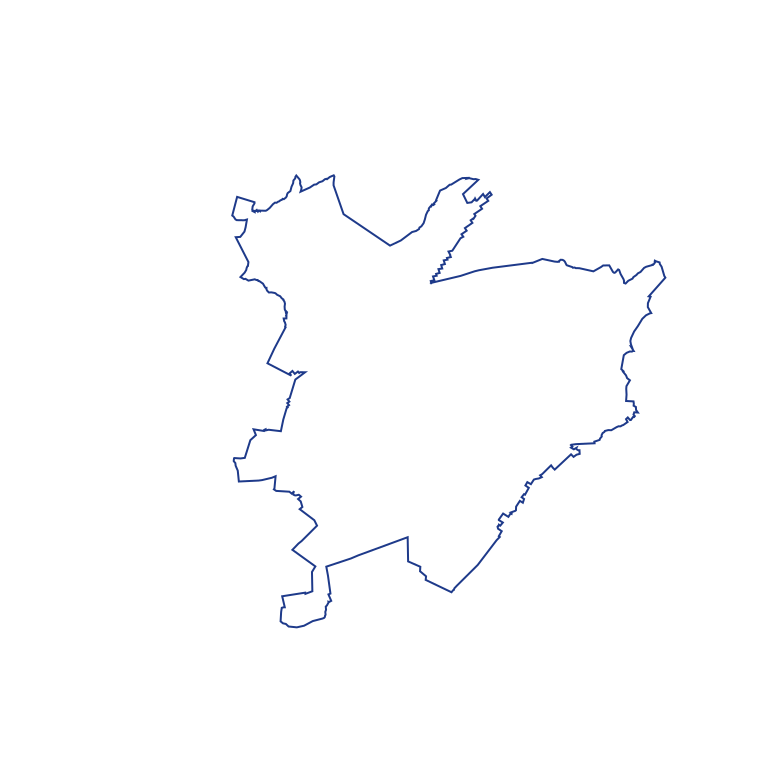 Cuyoaco, Puebla, Mexico, rotated 34°
{"feature_id": "50627088B87175964143986", "entity_name": "Cuyoaco", "entity_type": "district", "adm_level": 2, "iso_a3": "MEX", "parent_name": "Mexico", "parent_adm1": "Puebla", "projection": "orthographic", "projection_center": [-97.601, 19.584], "detail": "fine", "context": "isolated", "style": "outline", "palette": "blue", "viewbox_px": 768, "rotation_deg": 34, "n_neighbors": 0, "source": "geoboundaries", "source_scale": "gbopen_adm2", "svg_char_len": 6141}
<svg xmlns="http://www.w3.org/2000/svg" viewBox="0 0 768 768"><g transform="rotate(34 384 384)"><path d="M610.4,265.7L607.5,264.6L605.7,262.2L603.1,262.4L602.1,260.6L600.6,258.9L594.2,262.7L591.1,257.3L587.5,252.5L586.2,250.2L585.8,243.4L582.3,243.2L579.8,241.5L575.2,240.1L575.4,239.5L572.4,239.0L566.7,226.0L567.7,222.5L569.6,219.6L571.4,218.5L572.0,217.3L572.5,217.0L568.1,215.0L569.0,214.8L566.5,213.0L564.2,210.6L563.1,207.7L562.0,200.6L562.1,194.1L561.7,185.5L562.8,180.5L564.9,176.8L565.9,175.8L559.7,172.7L557.6,169.4L556.2,162.6L554.5,163.3L557.8,138.5L556.0,137.7L548.5,131.5L545.6,130.3L544.5,129.1L541.1,130.1L539.6,130.3L540.1,131.4L540.7,131.6L540.7,133.5L539.9,134.8L540.2,135.0L535.8,140.2L534.7,142.3L534.0,147.7L532.6,150.3L532.3,152.5L531.0,155.9L531.1,157.7L528.8,161.8L528.1,165.6L526.5,166.0L525.7,165.0L525.5,164.4L524.0,163.2L518.6,160.5L515.2,158.0L514.0,158.1L513.4,162.2L512.7,163.1L511.3,163.1L510.2,162.6L504.4,159.7L499.4,163.2L498.5,165.7L494.6,173.5L481.1,178.8L478.2,180.7L477.0,180.8L475.5,182.0L474.7,181.8L469.3,183.3L468.6,183.2L465.7,181.5L464.4,181.1L462.7,181.2L461.0,182.2L460.6,183.4L460.7,184.7L460.1,184.8L459.9,185.5L457.0,187.1L445.3,191.8L439.2,200.8L438.9,200.7L409.0,226.9L399.1,236.6L396.1,239.9L387.0,251.6L367.2,273.1L366.4,274.9L366.4,273.4L365.2,272.5L367.7,269.8L364.5,267.4L367.1,264.8L365.6,263.6L368.0,260.8L364.9,258.3L367.7,255.7L364.9,253.4L367.4,250.5L364.4,248.1L367.1,245.4L365.7,244.3L368.4,241.4L366.8,240.3L366.8,240.0L363.4,238.1L366.1,235.3L365.9,220.4L367.4,217.6L364.5,216.5L366.8,210.7L363.9,209.5L367.2,201.0L364.3,199.8L365.5,196.7L365.8,196.8L365.8,193.4L363.8,192.6L367.3,183.9L364.4,182.7L368.0,173.9L365.3,172.8L367.4,166.9L364.5,165.7L363.1,172.6L359.9,171.1L358.6,179.9L358.0,180.5L355.8,179.3L356.0,180.3L356.3,180.4L355.9,181.1L355.6,180.9L355.0,184.4L351.8,187.3L343.3,182.4L348.0,162.0L345.4,162.8L343.8,164.1L339.5,165.7L338.1,167.2L338.2,166.3L333.8,169.5L332.2,172.2L328.2,181.1L327.0,182.1L325.7,186.9L322.3,192.3L324.4,202.6L325.0,202.7L324.3,206.6L325.2,206.9L324.8,208.1L323.4,208.5L323.8,210.2L323.3,210.2L323.0,212.9L323.2,213.9L324.0,214.9L323.6,216.2L324.2,220.2L325.8,224.6L326.9,228.5L326.8,232.4L325.9,234.5L326.4,235.9L325.0,239.2L322.3,242.3L317.7,255.6L311.6,265.9L255.5,265.8L231.1,247.5L229.5,245.1L226.8,239.7L225.6,239.1L223.3,242.7L222.2,246.1L221.5,246.1L220.5,247.3L219.6,250.3L217.4,253.1L216.3,256.3L214.6,257.8L212.7,262.5L207.3,271.2L206.7,269.1L205.7,267.0L203.5,265.8L202.0,264.4L201.8,263.5L200.4,262.1L199.3,261.5L194.7,260.2L194.7,261.8L195.4,263.2L195.1,265.9L196.4,268.4L197.0,272.1L198.5,276.4L197.4,279.5L197.6,280.9L198.4,282.9L198.4,284.3L197.6,286.8L196.4,287.2L196.3,288.5L195.4,289.6L195.0,291.1L194.3,292.0L193.6,293.8L192.2,294.6L191.4,297.0L190.8,301.9L189.8,305.2L189.1,306.5L184.7,309.3L184.8,310.1L183.3,310.0L183.1,311.6L181.2,310.8L181.0,311.4L181.5,311.9L180.0,312.8L180.7,313.8L178.2,314.1L178.0,313.3L177.3,313.2L175.8,310.2L175.6,306.6L175.0,305.7L157.6,311.0L164.0,329.2L165.7,329.3L168.8,330.6L170.3,330.5L176.6,326.4L178.4,324.3L181.6,331.4L183.1,335.7L182.6,342.4L179.0,345.2L203.4,358.7L205.2,362.3L204.9,362.9L205.3,364.8L206.0,366.4L206.2,369.6L205.2,375.6L209.2,375.4L210.3,374.3L213.8,374.1L218.3,369.5L220.2,369.1L221.1,368.4L222.3,368.9L223.0,368.4L227.6,368.5L231.0,370.2L232.1,370.5L232.8,370.0L233.7,371.3L235.0,372.0L237.4,372.5L239.4,371.0L242.6,369.6L243.7,369.5L245.5,369.8L248.9,369.3L251.2,370.1L253.4,370.2L253.6,370.7L255.3,371.3L257.0,372.8L258.3,375.4L260.0,377.6L260.7,378.1L262.0,378.4L261.7,378.6L263.1,380.0L263.8,379.6L264.5,381.9L264.8,381.7L266.4,384.2L264.2,385.8L266.2,387.8L267.4,388.3L269.4,390.0L270.0,391.9L270.7,392.0L273.3,416.1L275.8,432.0L302.5,428.9L299.8,428.1L300.8,424.4L304.4,425.5L305.7,421.8L307.5,422.3L307.9,421.1L312.0,418.4L308.0,429.9L313.7,448.4L312.7,450.7L315.4,451.5L314.5,453.9L317.1,454.6L316.3,457.0L317.2,457.3L316.8,458.4L320.4,469.8L324.9,480.8L314.0,486.4L311.7,488.8L311.1,487.8L310.3,489.1L310.7,490.1L301.2,494.5L306.4,498.0L304.6,505.3L309.9,523.1L306.6,526.0L301.3,529.1L301.2,529.4L302.2,531.4L302.6,532.0L305.0,532.7L306.7,534.7L311.2,537.6L318.2,546.0L334.0,534.2L336.6,531.9L343.5,524.4L345.7,521.1L351.6,531.9L351.6,532.9L354.4,532.9L365.8,526.2L368.8,526.5L369.5,523.1L369.6,524.3L370.2,526.0L370.7,526.4L372.2,526.2L373.2,525.7L375.3,523.5L375.8,523.5L378.2,523.8L377.1,527.4L380.6,527.9L385.1,531.6L384.1,534.9L402.4,535.9L407.7,538.9L403.5,560.3L402.3,564.1L400.8,572.7L429.1,573.6L429.4,580.1L440.5,595.9L436.2,601.9L435.4,601.0L418.3,616.9L426.6,624.6L425.6,625.3L424.4,626.7L426.2,630.5L431.0,638.6L434.1,638.9L436.8,637.8L440.5,638.4L447.8,634.5L452.9,629.1L457.5,620.4L464.3,612.7L465.2,611.2L465.2,610.1L464.7,609.1L464.6,608.0L462.8,605.8L462.2,603.6L460.2,601.1L460.5,599.6L460.2,596.1L459.7,595.6L460.4,595.4L461.5,593.3L455.6,589.5L456.8,587.7L444.8,574.3L438.3,567.7L454.1,547.2L458.6,540.3L489.3,497.8L503.2,517.6L516.3,515.2L518.6,519.1L526.4,519.9L528.1,523.1L556.4,518.9L556.6,516.4L556.8,515.7L557.0,515.6L556.6,514.0L557.2,510.4L562.9,481.6L564.7,450.5L565.5,446.1L564.3,446.0L563.9,440.2L559.5,440.2L557.9,438.8L558.0,437.7L558.3,437.7L558.4,437.3L558.0,436.4L559.6,436.4L560.0,432.4L555.3,432.6L555.0,432.2L555.2,424.8L561.4,424.6L561.3,420.6L562.4,420.4L561.9,419.3L561.1,419.4L563.8,415.7L564.0,414.9L562.1,411.8L562.0,404.9L565.5,404.8L564.4,401.0L561.4,400.9L561.7,397.0L562.8,396.9L562.1,389.1L558.0,389.1L557.7,385.2L561.8,384.9L561.7,379.4L563.0,377.8L565.2,375.7L566.9,373.0L564.5,372.4L565.5,370.4L568.0,358.0L570.8,359.0L573.4,359.5L578.4,337.7L581.9,338.4L583.2,334.9L585.3,332.5L583.1,329.6L582.2,330.3L580.3,330.4L579.3,330.1L579.2,329.4L577.9,332.0L574.6,332.2L575.2,330.6L573.1,330.1L573.2,329.7L576.8,326.5L591.7,315.4L590.6,314.2L594.0,309.8L593.6,308.4L593.9,305.8L593.0,304.8L592.7,302.4L593.5,300.5L593.4,299.4L595.7,296.8L598.3,295.2L601.0,289.6L602.1,287.9L603.8,286.8L604.4,285.4L605.3,284.2L607.2,279.3L604.3,277.8L604.8,275.4L608.2,276.3L608.8,275.8L608.9,272.2L609.8,271.6L609.9,270.4L608.0,269.9L607.3,267.5L610.4,265.7Z" fill="none" stroke="#1e3a8a" stroke-width="2"/></g></svg>